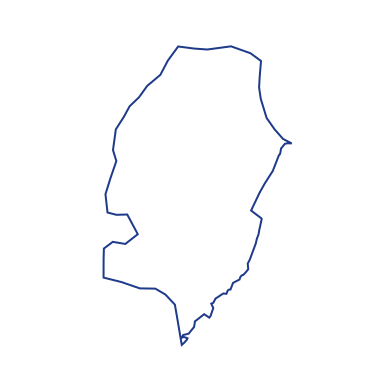 Lythrodontas, Nicosia, Cyprus, rotated 343°
{"feature_id": "46923920B22593785747920", "entity_name": "Lythrodontas", "entity_type": "district", "adm_level": 2, "iso_a3": "CYP", "parent_name": "Cyprus", "parent_adm1": "Nicosia", "projection": "equal_earth", "projection_center": [33.288, 34.939], "detail": "fine", "context": "isolated", "style": "outline", "palette": "blue", "viewbox_px": 384, "rotation_deg": 343, "n_neighbors": 0, "source": "geoboundaries", "source_scale": "gbopen_adm2", "svg_char_len": 1266}
<svg xmlns="http://www.w3.org/2000/svg" viewBox="0 0 384 384"><g transform="rotate(343 192 192)"><path d="M271.9,64.1L248.3,60.2L236.1,55.5L221.3,48.8L207.3,59.3L196.0,70.7L180.2,77.4L168.9,86.0L157.5,91.7L148.8,100.2L137.5,109.8L128.7,128.8L128.7,140.3L118.3,154.6L108.6,168.8L105.2,186.9L113.0,191.7L123.5,194.6L127.8,216.5L113.0,222.2L101.7,216.5L91.2,220.3L87.7,230.8L82.4,248.0L98.2,257.5L113.9,268.9L128.7,273.7L136.6,282.3L142.7,294.7L140.9,309.0L137.5,335.2L140.6,333.8L144.1,331.6L144.9,330.5L141.9,328.3L139.7,328.3L141.7,326.2L147.4,326.5L154.6,321.6L157.0,316.6L167.9,312.4L171.8,317.2L173.5,316.0L178.4,309.2L177.8,304.4L180.0,304.2L183.3,300.8L192.2,298.2L195.2,299.4L197.4,296.6L198.8,296.2L200.3,296.5L204.7,290.9L211.8,289.6L213.7,287.1L215.6,286.2L216.7,286.3L219.3,284.9L223.2,282.3L224.4,276.7L227.3,273.8L235.7,262.8L238.0,259.8L240.2,255.9L243.4,251.7L245.6,247.3L247.3,244.4L248.5,242.2L250.8,238.1L250.5,237.3L243.1,227.0L250.7,218.7L256.2,212.7L257.2,211.7L264.1,205.1L275.4,195.5L285.9,182.2L286.8,181.9L288.2,179.9L289.8,176.5L294.9,173.1L297.7,173.3L301.2,174.6L301.6,174.8L294.6,167.9L289.4,156.5L285.0,143.1L285.0,123.1L286.7,111.7L290.2,102.2L296.3,86.9L288.5,76.4L271.9,64.1Z" fill="none" stroke="#1e3a8a" stroke-width="2"/></g></svg>